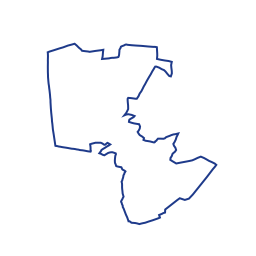 Al-Nasiriya, Dhi-Qar, Iraq, rotated 74°
{"feature_id": "34846034B33180945258667", "entity_name": "Al-Nasiriya", "entity_type": "district", "adm_level": 2, "iso_a3": "IRQ", "parent_name": "Iraq", "parent_adm1": "Dhi-Qar", "projection": "equal_earth", "projection_center": [46.263, 31.12], "detail": "fine", "context": "isolated", "style": "outline", "palette": "blue", "viewbox_px": 256, "rotation_deg": 74, "n_neighbors": 0, "source": "geoboundaries", "source_scale": "gbopen_adm2", "svg_char_len": 4070}
<svg xmlns="http://www.w3.org/2000/svg" viewBox="0 0 256 256"><g transform="rotate(74 128 128)"><path d="M222.9,122.0L220.2,122.1L219.8,118.6L219.5,117.5L219.5,115.7L216.6,114.7L210.8,100.4L209.8,97.6L212.8,93.2L212.7,88.9L209.8,84.0L205.0,77.2L196.8,65.6L191.8,58.9L190.9,57.7L189.2,55.1L187.8,53.3L186.1,54.4L183.8,56.9L182.0,59.1L179.8,61.2L177.8,63.2L175.6,65.9L175.9,69.2L176.5,72.7L176.8,75.2L176.6,78.2L176.3,81.5L176.0,84.6L175.7,87.8L175.4,91.4L173.5,93.2L171.9,94.7L170.3,96.1L168.4,95.3L167.3,93.9L165.0,92.2L163.7,89.3L162.4,87.8L160.0,87.9L157.7,88.7L155.8,88.8L154.3,87.1L152.3,85.3L150.0,83.8L148.3,82.2L147.1,81.2L147.0,84.2L146.7,86.2L146.8,88.5L147.0,89.8L147.1,91.1L147.3,93.8L148.1,95.5L148.1,97.0L147.4,99.1L146.5,102.1L147.5,103.7L148.0,104.2L148.4,105.6L149.0,106.1L149.1,106.9L148.2,108.5L147.0,110.5L146.1,112.4L145.1,114.6L143.7,116.4L142.1,115.4L140.3,116.6L138.0,118.7L136.1,119.4L134.4,119.8L133.4,118.4L131.8,116.9L129.9,116.0L127.4,116.3L126.5,118.3L125.3,120.8L124.2,122.7L122.4,125.4L121.0,124.8L120.3,124.3L119.6,121.8L119.1,119.6L118.3,118.4L116.4,120.9L114.8,124.0L114.6,126.2L114.8,128.0L113.0,125.5L111.2,123.8L109.8,122.6L106.4,121.7L103.1,121.1L100.8,120.6L99.7,120.2L99.1,119.5L100.0,117.1L101.0,114.8L102.0,112.6L102.3,111.5L100.3,109.1L98.0,107.2L96.4,105.1L94.3,103.1L92.4,101.4L90.5,99.4L88.6,97.6L87.1,96.1L84.8,93.7L82.6,91.3L80.2,89.0L78.5,87.1L77.1,85.7L76.5,84.9L76.8,83.8L78.6,81.4L80.7,79.4L82.3,77.4L84.0,76.4L86.9,75.2L89.4,74.0L90.2,72.6L87.6,70.8L85.2,70.2L81.9,69.7L79.4,69.2L76.5,67.7L74.8,70.5L73.3,73.9L71.4,77.8L69.6,81.1L66.4,79.9L64.1,79.3L58.3,78.0L57.6,79.3L57.1,81.0L55.3,85.9L52.8,92.3L51.5,96.0L50.9,97.7L49.5,101.5L48.0,105.3L47.2,106.8L47.2,107.8L47.5,109.0L47.7,111.4L47.9,112.4L49.2,113.3L49.9,114.1L50.5,114.7L51.8,115.1L54.7,116.2L56.0,116.8L57.1,117.7L57.1,119.1L56.7,121.8L56.0,124.6L55.8,127.2L55.1,130.8L54.5,133.9L52.1,132.6L48.1,131.1L46.0,130.2L45.8,132.4L44.9,138.3L44.2,143.9L43.5,145.2L42.6,147.4L41.1,150.9L39.5,151.5L37.4,153.0L35.8,153.9L34.5,154.6L32.3,156.1L32.3,159.0L32.2,163.0L32.6,168.2L32.6,171.7L32.8,177.9L32.9,182.6L33.1,184.3L33.9,184.4L36.8,185.1L40.9,186.4L42.8,186.9L47.1,188.2L52.1,189.6L55.8,190.5L56.8,190.8L58.3,191.1L61.3,191.7L63.5,192.1L65.9,192.4L68.2,192.8L70.3,193.1L74.4,193.8L77.3,194.4L79.7,194.8L81.9,195.4L87.7,196.7L92.2,197.6L98.4,198.7L100.6,199.2L103.3,199.6L108.7,200.6L113.7,201.2L125.1,202.7L125.3,202.4L126.0,200.8L126.7,199.7L127.4,198.1L128.1,196.8L128.8,195.3L129.7,193.3L130.5,191.6L131.5,189.6L132.4,187.8L133.1,185.9L133.8,184.4L134.4,183.3L135.2,181.5L136.0,180.2L136.9,177.9L137.4,176.8L138.1,175.4L139.0,173.7L139.7,172.2L140.4,170.5L139.8,170.0L138.6,170.0L137.6,169.7L136.5,169.4L134.9,169.1L133.2,168.9L133.1,167.4L133.2,163.3L133.6,161.8L134.1,160.1L134.7,158.2L135.8,156.9L137.4,155.6L137.8,154.8L137.2,153.3L136.6,151.9L137.1,151.3L138.9,149.6L139.6,151.6L139.7,152.4L140.1,153.8L140.7,155.7L141.2,157.7L141.8,159.5L142.7,160.3L143.8,161.7L144.4,162.5L145.5,160.9L146.7,159.8L147.7,158.3L147.5,157.5L147.1,156.1L146.5,153.9L146.5,151.9L146.9,149.9L147.7,148.6L149.0,146.8L149.8,146.8L151.3,147.9L153.2,148.7L155.3,149.5L157.2,150.0L158.3,150.1L159.4,149.9L160.3,149.9L161.4,149.8L161.8,149.2L162.5,148.0L163.2,146.6L163.9,145.2L164.3,145.1L165.7,145.0L166.3,144.8L167.1,144.1L168.0,143.1L169.0,142.4L169.7,143.1L170.4,143.9L171.3,144.4L172.2,145.4L173.2,145.8L174.5,146.5L175.6,147.3L177.0,148.1L177.9,149.0L179.4,149.0L181.2,149.4L183.2,150.0L185.0,150.4L186.9,150.7L189.5,151.2L191.0,151.2L191.9,151.2L192.8,151.2L193.5,151.9L194.1,152.5L194.9,153.1L195.6,153.9L196.1,154.4L197.0,155.0L198.4,154.7L199.5,154.8L201.1,154.5L202.6,154.8L204.2,154.4L206.8,154.2L210.5,153.9L213.8,153.4L217.7,153.2L217.8,153.2L217.9,152.6L218.1,152.2L218.5,152.0L218.9,151.5L219.5,151.2L220.0,150.8L220.4,149.8L220.7,148.9L221.5,146.9L222.5,145.1L222.9,144.5L223.2,144.0L223.5,143.5L223.5,142.9L223.5,141.8L223.6,140.0L223.8,137.5L223.6,133.9L223.5,129.7L223.2,124.5L223.0,122.6L222.9,122.0Z" fill="none" stroke="#1e3a8a" stroke-width="2"/></g></svg>